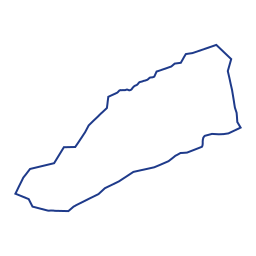 Erdenexairxan, Dzavhan, Mongolia
{"feature_id": "93677404B28046331516605", "entity_name": "Erdenexairxan", "entity_type": "district", "adm_level": 2, "iso_a3": "MNG", "parent_name": "Mongolia", "parent_adm1": "Dzavhan", "projection": "mercator", "projection_center": [95.802, 48.175], "detail": "fine", "context": "isolated", "style": "outline", "palette": "blue", "viewbox_px": 256, "rotation_deg": 0, "n_neighbors": 0, "source": "geoboundaries", "source_scale": "gbopen_adm2", "svg_char_len": 2703}
<svg xmlns="http://www.w3.org/2000/svg" viewBox="0 0 256 256"><path d="M108.3,96.8L107.8,100.7L107.4,104.2L107.1,106.5L106.9,108.0L101.8,112.8L101.6,112.9L98.8,115.6L98.7,115.7L98.7,115.8L93.5,120.7L93.4,120.8L88.7,125.4L85.0,132.4L84.1,133.7L81.3,138.0L81.2,138.1L78.1,142.8L75.2,147.0L65.6,147.2L63.9,147.2L54.1,163.2L30.3,168.9L30.0,169.0L26.1,174.1L23.3,177.6L22.0,180.3L19.1,186.1L16.7,191.1L15.4,193.7L28.7,199.1L32.5,206.6L47.5,210.5L48.0,210.6L48.5,210.7L49.2,210.7L49.6,210.6L50.0,210.6L50.6,210.5L51.0,210.5L51.7,210.5L52.9,210.6L53.7,210.6L54.1,210.7L54.7,210.8L55.3,210.8L56.1,210.9L57.4,210.9L59.0,210.9L68.4,211.1L73.6,206.6L75.0,205.9L76.3,205.1L89.9,198.3L98.5,194.1L104.9,188.2L118.9,181.4L133.4,171.9L139.7,170.5L140.1,170.4L142.4,169.9L142.5,169.9L154.2,167.3L160.2,164.8L165.5,162.5L168.5,161.2L173.4,157.4L173.5,157.3L175.0,156.1L175.3,155.8L177.3,154.8L180.5,153.0L182.8,152.9L187.0,152.6L194.0,149.9L201.9,146.8L202.3,146.0L202.4,145.6L202.6,144.9L202.6,144.5L202.7,143.8L202.7,143.0L202.7,142.5L202.7,141.1L202.8,140.5L202.8,139.8L202.9,139.4L203.1,138.8L203.2,138.0L203.4,137.6L203.7,137.1L204.0,136.7L204.4,136.2L204.9,135.8L212.0,133.9L218.9,134.3L223.5,134.1L228.4,133.4L240.6,127.6L237.3,122.0L236.9,116.1L236.6,112.8L234.9,107.6L234.2,103.3L234.2,103.2L233.8,100.6L232.1,90.3L232.1,90.2L230.7,84.1L230.0,80.8L230.0,80.7L229.2,77.1L227.9,71.5L227.8,71.1L227.9,70.9L227.9,70.7L228.5,68.6L231.2,59.1L216.3,44.9L211.4,46.6L210.5,46.9L192.4,53.1L188.2,53.7L187.1,53.9L186.8,53.9L185.8,54.1L184.2,56.8L184.0,57.1L183.2,58.6L180.8,62.8L174.7,63.6L171.3,66.5L168.1,67.6L167.9,67.7L157.4,71.3L156.6,71.5L154.3,76.6L153.9,76.8L153.5,77.0L153.2,77.1L152.8,77.2L152.4,77.3L152.1,77.4L151.6,77.4L151.1,77.4L150.7,77.5L150.3,77.5L150.0,77.6L149.6,77.8L149.2,78.2L148.7,78.6L148.2,79.2L147.9,79.3L147.7,79.5L147.3,79.8L146.9,79.9L146.5,80.1L145.8,80.3L145.6,80.4L145.0,80.6L144.5,80.7L143.9,80.8L143.3,81.0L142.4,81.4L141.2,81.7L140.9,81.8L140.4,81.9L139.9,82.0L139.6,82.2L139.3,82.3L139.1,82.5L138.9,82.7L138.4,83.3L138.0,83.8L137.7,84.2L137.5,84.4L137.1,84.7L136.9,84.9L136.6,85.1L136.0,85.3L135.4,85.6L134.8,85.8L134.5,86.0L134.0,86.4L133.0,87.4L132.7,87.8L132.4,88.1L132.2,88.5L131.9,88.8L131.7,89.2L131.2,89.6L130.8,89.9L130.1,90.1L129.9,90.2L129.4,90.3L129.2,90.3L128.9,90.2L128.5,90.1L128.1,89.9L127.6,89.7L127.3,89.6L127.1,89.6L126.9,89.6L126.7,89.6L126.3,89.7L125.9,89.9L125.5,90.0L125.2,90.1L124.4,90.1L124.0,90.1L123.4,90.1L122.7,90.1L121.9,90.2L121.7,90.2L121.3,90.2L121.1,90.2L120.9,90.2L120.6,90.1L120.4,90.2L120.2,90.2L119.9,90.3L119.7,90.4L119.4,90.5L119.2,90.7L118.8,91.1L118.4,91.5L118.0,92.0L117.2,92.7L108.3,96.8Z" fill="none" stroke="#1e3a8a" stroke-width="2"/></svg>